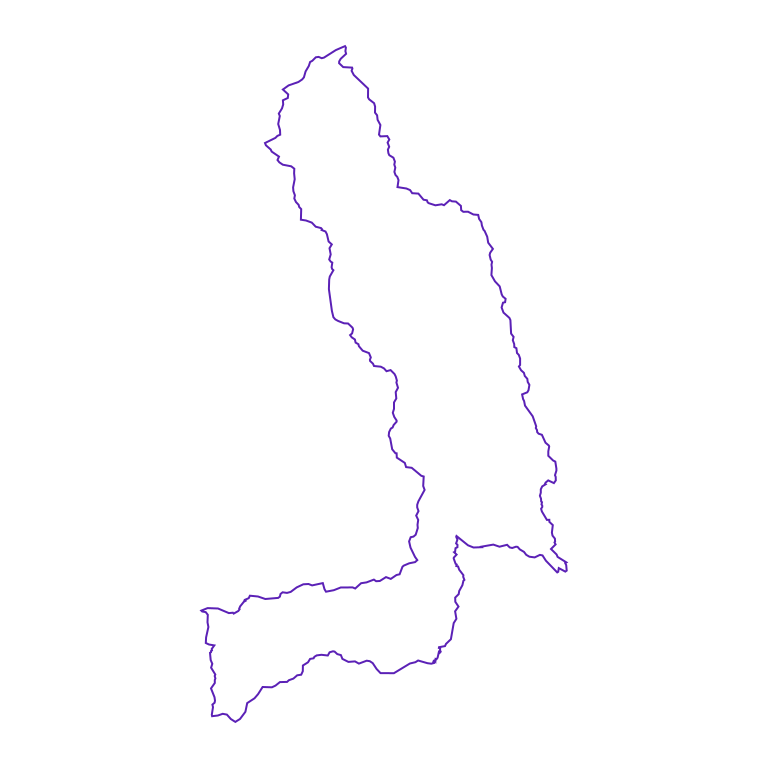 outline of Asau, Bacau, Romania
{"feature_id": "2599482B80078644800542", "entity_name": "Asau", "entity_type": "district", "adm_level": 2, "iso_a3": "ROU", "parent_name": "Romania", "parent_adm1": "Bacau", "projection": "albers", "projection_center": [26.302, 46.524], "detail": "fine", "context": "isolated", "style": "outline", "palette": "violet", "viewbox_px": 768, "rotation_deg": 0, "n_neighbors": 0, "source": "geoboundaries", "source_scale": "gbopen_adm2", "svg_char_len": 6096}
<svg xmlns="http://www.w3.org/2000/svg" viewBox="0 0 768 768"><path d="M212.1,716.2L217.9,715.5L222.7,713.8L226.9,714.6L230.8,719.0L235.3,721.9L240.0,719.0L245.4,711.8L247.2,703.1L254.5,698.3L258.1,694.1L262.6,687.0L271.9,687.3L275.5,685.6L279.9,682.1L287.1,681.9L288.9,680.2L293.4,678.6L297.2,675.3L301.2,674.7L302.8,671.2L302.9,665.5L308.0,662.3L310.1,658.9L313.6,658.3L314.4,656.8L316.7,655.4L321.4,654.8L327.8,655.5L329.6,652.3L333.0,651.3L334.6,651.6L337.3,654.1L340.9,655.1L342.4,658.9L348.4,661.9L355.0,661.4L358.9,663.6L366.7,660.7L369.8,661.2L372.7,663.1L376.6,669.0L380.5,673.1L393.9,673.2L409.9,663.5L415.4,662.2L418.1,660.5L427.5,663.2L431.3,663.7L434.0,663.0L434.0,661.9L433.4,661.7L433.8,660.7L434.7,660.3L435.4,661.3L435.6,658.9L436.5,659.2L437.6,657.7L439.0,651.4L439.4,651.0L440.0,652.5L440.7,651.7L440.0,650.2L440.2,648.0L438.9,647.9L439.0,647.2L445.0,646.1L446.0,643.9L450.9,639.2L453.7,623.1L456.4,618.8L455.1,611.3L458.5,606.6L455.3,601.8L455.2,597.6L458.7,594.1L459.2,591.0L462.4,585.2L463.4,580.8L464.4,579.9L463.2,576.8L463.4,575.2L459.2,569.7L458.1,566.5L456.3,566.0L456.7,564.5L455.6,563.8L453.7,558.5L453.8,557.6L456.6,554.6L454.1,552.2L455.1,551.7L455.5,548.2L457.4,547.2L457.5,544.9L456.1,543.4L457.4,539.7L456.2,536.8L456.5,536.0L468.0,545.3L473.5,547.5L481.7,547.2L481.3,546.7L493.3,544.6L499.5,546.7L507.1,544.8L509.7,547.4L512.2,548.0L516.0,546.7L517.6,546.9L519.8,549.4L524.0,551.9L526.2,554.8L529.4,556.7L534.7,557.4L539.9,554.9L542.5,555.4L545.9,560.7L557.2,572.4L558.2,571.8L558.8,568.1L565.3,571.6L566.7,570.6L566.2,565.1L565.2,563.1L566.4,562.4L557.6,556.9L556.6,554.5L551.0,549.0L555.6,544.4L554.5,542.4L555.1,541.5L554.9,538.6L552.5,535.6L551.9,532.6L552.8,525.1L549.4,521.9L549.3,519.8L546.9,519.9L541.9,511.5L541.1,508.8L542.3,506.9L542.2,505.4L541.5,504.5L542.0,502.2L541.2,501.5L541.0,498.6L539.9,495.8L540.8,492.7L540.8,489.3L542.2,486.4L545.6,484.3L545.0,483.9L545.6,482.6L548.2,480.4L553.9,483.1L555.8,480.4L555.7,476.9L555.0,475.2L556.4,470.6L556.4,468.6L555.3,461.6L553.1,460.5L548.3,455.8L548.3,451.4L549.2,446.5L548.8,445.5L545.5,442.7L541.9,434.8L538.6,433.7L537.2,432.1L537.0,430.1L535.8,428.0L536.2,426.3L532.7,416.3L525.0,405.6L524.1,401.0L523.1,399.1L522.1,394.4L527.3,392.3L528.5,390.2L529.4,384.9L527.7,381.9L527.3,378.8L524.8,376.0L523.9,372.8L521.1,370.3L518.9,366.5L520.1,365.0L520.1,358.5L518.8,354.9L517.0,353.0L516.4,348.2L514.3,347.1L514.2,344.1L512.8,340.2L513.6,336.9L511.1,333.6L510.4,320.1L509.4,317.9L503.5,312.6L501.6,307.5L503.0,302.7L505.1,302.2L505.6,298.8L502.8,296.5L501.7,294.4L499.7,286.4L495.0,281.4L491.4,275.1L491.9,268.0L491.5,264.6L492.1,261.8L490.7,259.6L489.6,255.0L490.2,252.7L492.9,248.9L488.2,242.7L487.2,236.7L484.6,230.9L483.5,229.8L481.9,225.5L481.4,222.2L479.1,218.9L478.2,214.9L473.4,214.5L468.0,211.7L463.3,211.8L461.2,210.2L460.9,205.9L455.9,201.6L451.9,201.3L449.8,200.1L444.0,205.2L441.7,204.3L435.4,205.3L428.8,203.2L427.7,202.4L426.9,200.3L423.5,199.7L418.4,193.6L412.2,193.2L410.1,190.1L406.4,188.5L397.5,187.1L398.5,180.1L397.3,176.9L395.5,175.0L394.4,171.9L395.3,167.6L394.3,164.6L394.9,161.6L393.4,157.7L389.3,155.2L388.4,153.2L387.9,149.6L389.2,146.8L387.6,142.6L389.3,139.5L387.3,136.1L380.4,136.4L379.0,134.6L380.4,125.0L377.6,119.8L377.1,115.3L375.0,112.6L375.1,106.6L374.1,103.2L369.1,99.3L368.0,97.4L368.1,88.6L353.8,75.0L351.6,70.8L352.4,68.6L352.1,67.6L343.2,67.1L339.1,63.2L339.2,61.4L340.7,58.8L346.1,53.8L345.4,51.1L345.9,47.6L345.0,46.1L335.8,50.1L324.0,57.6L321.7,58.2L318.6,56.9L315.8,57.3L312.3,60.8L310.1,62.0L308.8,66.0L305.6,71.4L303.9,77.4L302.1,79.5L298.4,82.0L288.6,85.4L282.9,89.5L288.2,94.4L287.8,98.0L282.9,100.3L283.2,104.4L282.0,108.4L278.8,113.6L279.8,116.0L278.2,124.0L280.0,130.0L280.2,134.7L277.4,135.9L275.4,137.9L265.0,143.0L265.9,145.3L270.7,149.5L271.7,151.6L279.0,156.6L277.5,160.0L279.3,162.3L282.8,164.7L291.2,166.3L294.3,168.7L294.1,173.3L294.7,179.2L293.1,187.4L293.4,191.2L294.9,195.3L294.3,198.5L296.0,202.1L298.6,204.8L299.2,207.0L301.2,209.1L300.9,219.7L306.0,220.5L311.8,222.6L315.7,226.7L321.1,228.1L322.0,229.2L321.6,230.0L325.5,231.5L326.9,234.2L328.6,241.5L331.8,244.4L329.5,248.2L330.7,254.4L329.2,259.5L330.7,261.6L332.3,262.6L331.6,267.3L332.2,269.1L333.4,270.2L329.8,276.5L329.2,279.5L328.9,289.1L331.9,310.9L333.4,317.2L335.3,319.4L338.0,320.9L344.0,323.3L348.1,323.5L352.5,327.7L353.1,329.3L352.1,333.4L350.1,335.1L351.7,337.3L354.9,339.5L355.6,342.6L358.4,344.2L358.9,346.2L362.7,350.7L369.0,353.1L370.8,357.4L369.9,359.8L370.1,361.0L373.0,363.7L374.0,366.0L380.8,366.7L384.0,368.4L386.5,371.2L390.6,370.1L394.5,374.0L395.7,376.4L396.9,380.6L396.4,382.5L398.0,387.8L395.7,392.1L396.3,398.5L394.0,402.4L394.0,408.9L392.8,412.8L394.3,417.0L396.6,420.5L396.6,421.7L393.7,424.9L392.6,427.5L390.8,428.6L389.1,432.1L388.7,435.8L390.2,438.5L392.2,449.3L395.4,453.2L396.6,453.3L396.8,457.6L404.8,462.9L406.1,467.1L411.7,467.8L421.3,475.8L423.7,476.5L423.2,486.0L424.6,489.9L418.4,501.3L417.2,504.8L417.2,507.4L418.5,511.1L416.2,515.6L418.2,519.9L417.5,524.8L417.8,528.0L415.7,534.7L413.5,536.6L410.7,537.2L409.1,541.4L410.5,547.6L415.0,556.9L417.3,560.1L415.1,562.1L409.2,563.3L403.8,565.6L402.5,566.7L399.6,574.3L396.5,575.0L390.8,578.9L386.0,577.1L379.8,581.0L376.1,581.2L373.9,579.6L366.5,582.4L361.1,583.2L355.2,588.5L352.6,587.4L340.7,587.5L333.8,590.2L326.0,591.7L324.5,589.2L322.8,583.1L312.1,585.4L308.5,584.0L303.3,584.3L296.7,587.4L290.7,591.9L287.0,592.9L282.6,592.3L280.5,594.0L279.9,596.6L278.2,597.9L265.3,599.0L258.0,596.5L249.9,595.7L248.7,598.2L244.7,599.9L244.5,600.3L245.4,600.9L243.8,601.8L240.2,606.3L239.2,608.6L239.6,609.2L238.3,611.0L233.7,613.6L232.9,612.7L228.9,613.1L218.0,608.5L207.6,608.1L201.3,610.6L202.2,611.5L205.7,612.1L207.8,614.8L207.5,622.3L208.4,627.0L206.1,637.4L205.8,643.0L209.0,644.5L214.3,645.4L211.7,649.0L212.0,650.4L211.1,650.9L211.0,652.2L210.0,652.8L210.7,660.1L212.3,663.8L211.1,667.7L215.3,674.5L214.7,676.0L215.4,678.4L214.8,680.0L214.8,683.0L211.0,688.4L214.5,697.2L215.0,700.6L214.6,702.7L212.4,704.6L213.0,707.1L211.8,714.7L212.1,716.2Z" fill="none" stroke="#5b21b6" stroke-width="2"/></svg>